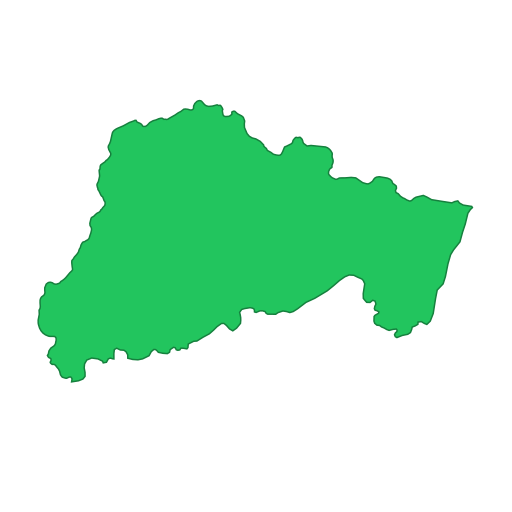 Santa Lucía, Canelones, Uruguay, rotated 7°
{"feature_id": "84410073B26807855042192", "entity_name": "Santa Lucía", "entity_type": "district", "adm_level": 2, "iso_a3": "URY", "parent_name": "Uruguay", "parent_adm1": "Canelones", "projection": "orthographic", "projection_center": [-56.326, -34.428], "detail": "fine", "context": "isolated", "style": "filled", "palette": "green", "viewbox_px": 512, "rotation_deg": 7, "n_neighbors": 0, "source": "geoboundaries", "source_scale": "gbopen_adm2", "svg_char_len": 6002}
<svg xmlns="http://www.w3.org/2000/svg" viewBox="0 0 512 512"><g transform="rotate(7 256 256)"><path d="M162.0,368.0L163.7,363.7L166.0,361.2L167.7,361.1L169.2,362.0L170.8,363.5L175.5,363.9L179.9,363.7L181.9,362.1L182.2,359.4L185.2,356.7L187.0,356.9L188.3,358.8L189.9,359.1L191.8,358.5L192.7,356.6L195.2,356.4L198.7,356.6L199.6,355.2L199.5,351.6L204.6,348.2L207.7,347.6L213.4,343.0L219.2,338.9L223.0,334.6L225.9,330.9L229.9,327.2L232.4,326.8L235.1,328.5L238.6,331.6L242.1,333.1L245.5,330.0L248.8,324.8L248.7,321.7L248.3,319.0L247.5,316.3L246.6,313.9L248.3,310.8L251.0,309.6L256.4,308.0L258.9,308.2L260.4,308.8L261.0,309.9L261.3,311.7L263.0,312.0L266.5,310.0L269.2,309.6L271.9,310.1L273.1,311.7L274.7,312.3L282.7,311.4L284.6,309.6L289.4,307.3L293.0,307.4L296.5,308.0L299.7,306.6L303.6,303.4L311.3,295.9L319.5,290.8L330.9,281.9L336.5,276.1L341.9,270.1L346.7,265.8L350.8,263.5L355.4,263.2L359.4,264.6L363.8,265.9L365.4,267.2L367.3,270.3L367.0,280.3L367.7,285.0L369.7,286.9L371.5,288.5L374.8,288.2L377.3,285.7L379.7,286.3L380.9,289.1L380.1,291.4L379.9,293.9L380.8,295.3L382.8,295.6L384.8,296.5L384.6,297.9L381.4,300.3L380.6,301.6L381.0,306.2L382.0,308.3L384.4,309.9L387.2,309.9L389.2,311.1L392.1,311.9L394.6,313.0L397.2,313.6L401.0,312.1L404.2,311.4L405.1,312.4L405.0,313.9L403.7,315.4L403.1,317.3L404.1,319.1L405.8,319.8L410.9,317.0L416.2,315.2L418.6,313.2L419.4,310.2L419.7,307.5L422.5,306.0L425.0,304.1L424.9,301.8L428.1,301.0L431.3,302.4L433.9,303.1L436.9,299.4L438.9,291.5L439.4,276.3L440.0,267.7L445.1,260.9L446.5,253.4L447.5,240.3L449.0,231.0L451.3,225.9L456.7,217.1L458.1,207.3L459.8,198.8L461.1,187.8L463.1,183.8L464.9,181.6L464.1,180.5L455.4,180.2L451.5,178.6L449.6,176.7L446.5,177.8L443.9,179.4L434.0,179.1L423.4,178.7L418.5,176.7L414.7,175.5L407.7,178.1L405.8,179.5L403.6,182.0L402.0,182.8L398.8,182.0L396.5,180.9L394.7,180.4L392.1,179.1L389.5,176.8L387.2,176.0L386.4,173.9L387.2,171.6L386.7,169.5L384.8,168.2L383.0,167.4L381.5,164.8L379.7,163.5L377.1,162.7L374.2,162.5L368.7,162.3L366.1,163.0L364.7,163.9L363.7,165.2L362.5,167.7L360.3,169.7L358.5,170.8L356.6,170.8L352.9,170.2L345.5,166.3L340.9,166.4L334.9,167.6L329.7,168.3L328.6,168.8L327.3,169.8L325.8,170.2L322.2,169.1L320.7,168.2L318.4,166.3L317.9,165.2L317.8,163.2L318.4,161.2L319.0,160.2L319.5,159.6L320.1,159.4L320.6,158.6L320.3,156.8L321.0,154.1L321.0,152.7L320.8,151.3L319.6,148.8L319.3,147.2L319.3,145.6L319.0,144.5L317.2,142.2L315.8,141.0L313.9,139.9L311.7,139.3L297.1,139.6L293.3,140.6L289.6,138.5L288.8,137.4L288.3,136.0L287.5,134.5L285.6,132.9L284.4,132.9L283.2,133.5L281.7,133.3L280.8,133.6L279.8,134.9L278.7,136.7L278.4,139.0L277.4,140.3L272.4,143.6L271.6,143.9L271.0,144.5L269.7,149.3L268.8,151.6L268.2,152.4L267.5,153.0L266.2,153.3L264.1,153.3L260.9,152.9L258.1,151.3L254.8,150.0L254.2,149.6L253.2,148.0L251.1,146.7L250.4,146.0L250.0,144.8L246.2,141.7L241.6,139.8L237.9,139.3L234.8,138.0L232.2,135.6L228.9,129.9L228.3,126.3L228.3,123.4L226.5,119.9L224.7,118.7L220.9,117.3L219.6,116.6L217.4,115.0L216.4,114.9L214.7,115.7L214.5,116.7L214.8,118.1L214.6,118.5L213.1,120.0L212.0,120.7L208.7,121.3L207.8,121.2L207.1,121.0L206.0,119.8L204.9,116.1L204.9,115.5L205.2,114.8L205.1,114.3L204.4,113.1L203.2,111.6L202.4,110.9L202.0,110.8L200.4,111.2L199.0,110.7L194.5,112.5L190.7,113.3L188.4,113.0L186.6,112.1L183.2,109.1L182.4,108.7L181.1,108.6L179.6,109.1L178.5,109.8L176.7,112.1L175.8,114.7L176.0,117.4L175.2,118.4L174.3,118.9L172.9,119.1L170.6,118.7L168.0,118.7L166.4,119.1L163.9,121.6L161.3,123.4L158.4,126.0L153.2,129.8L151.8,131.0L150.7,131.4L149.2,131.3L147.9,131.6L146.2,130.7L144.9,130.8L142.8,131.6L140.0,133.2L137.5,134.2L135.5,135.6L134.3,136.5L132.2,139.4L130.6,140.8L128.5,141.1L127.7,140.9L126.6,139.5L125.9,139.0L124.9,138.5L122.1,137.7L121.3,137.3L120.4,136.0L119.3,136.1L118.1,136.9L114.1,138.9L108.4,143.0L103.2,146.0L101.7,147.0L99.9,148.6L98.9,150.1L98.5,151.1L98.3,152.7L97.6,160.0L96.9,162.7L96.1,164.6L96.0,165.9L96.9,168.3L99.3,171.8L99.5,173.3L99.1,174.5L98.5,175.8L96.8,178.4L95.6,179.4L94.5,181.1L92.3,183.0L90.8,184.5L90.4,185.8L90.5,188.4L90.3,189.4L89.9,189.7L89.9,190.4L91.0,195.4L91.0,196.5L90.5,201.2L89.5,204.0L89.5,205.0L90.2,207.1L90.7,207.9L91.1,209.4L92.2,210.6L94.6,214.4L95.3,215.2L96.7,216.1L98.5,219.6L99.4,220.5L99.8,221.7L99.9,222.7L99.7,224.4L98.1,226.6L97.1,228.5L96.4,229.1L95.8,230.7L95.0,231.6L93.0,232.9L91.5,234.5L90.6,235.8L89.7,236.7L88.5,237.5L87.8,238.4L87.6,239.5L87.1,243.8L87.6,246.0L89.1,247.9L89.4,249.0L89.6,250.2L89.3,253.1L88.5,256.9L88.3,258.4L88.0,259.2L86.8,260.7L85.8,261.2L84.4,262.5L82.5,263.3L81.9,264.2L81.0,266.4L80.6,269.1L79.8,270.8L79.2,273.9L77.9,276.3L75.8,279.3L74.9,281.4L73.9,282.8L73.8,283.4L74.0,285.3L74.7,288.4L75.5,291.3L75.5,292.3L75.0,293.2L73.2,295.4L69.8,300.7L68.5,302.3L66.6,304.2L65.8,304.7L65.2,305.4L64.5,306.7L63.7,307.2L61.3,308.3L60.3,308.4L59.0,308.3L57.1,307.4L56.1,307.2L55.0,307.1L53.7,307.4L52.8,307.9L51.2,309.5L50.2,313.3L50.5,315.8L51.0,317.9L50.7,319.9L50.1,320.9L48.2,322.7L47.7,323.6L47.3,324.7L47.1,326.1L47.4,328.9L48.0,332.0L48.1,333.3L48.0,334.5L47.3,336.2L48.0,340.3L47.6,346.2L48.0,349.1L48.5,350.7L50.0,354.0L51.8,356.5L54.0,358.5L56.6,359.9L59.7,360.8L61.2,360.9L65.7,360.4L66.8,360.9L67.5,361.7L67.8,363.0L67.9,364.4L67.7,365.8L67.7,367.0L67.4,368.2L66.8,369.4L66.1,370.2L63.6,372.4L62.1,375.4L61.8,378.7L61.1,380.1L62.0,381.4L62.7,382.0L64.6,382.7L65.0,383.1L65.3,384.5L65.1,385.5L64.8,386.0L64.7,386.6L65.2,387.4L66.8,388.4L68.8,388.2L69.4,388.4L70.4,389.0L71.5,390.2L73.7,392.2L75.1,394.3L76.4,397.7L77.9,399.4L78.6,399.9L81.8,400.5L83.0,400.4L84.9,399.2L86.1,398.7L86.9,398.7L87.6,399.3L88.3,400.2L88.4,401.3L88.3,403.4L95.0,401.5L99.2,399.2L101.0,396.3L100.5,392.4L99.1,388.0L99.0,384.0L100.7,379.9L105.3,377.3L111.7,377.4L116.5,379.1L117.4,380.7L120.5,379.7L122.0,376.0L123.9,375.1L126.2,375.5L127.5,375.5L126.8,370.0L126.8,366.1L129.0,364.5L132.8,365.8L136.4,365.6L138.7,366.9L140.7,369.7L141.2,373.1L146.2,373.7L151.5,373.4L156.0,371.9L162.0,368.0Z" fill="#22c55e" stroke="#15803d" stroke-width="1.5"/></g></svg>